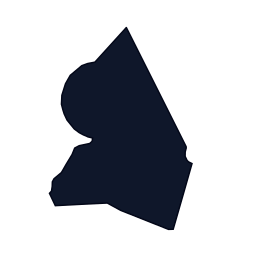 the district of Borkou, Borkou, Chad, rotated 107°
{"feature_id": "50815135B4564368173337", "entity_name": "Borkou", "entity_type": "district", "adm_level": 2, "iso_a3": "TCD", "parent_name": "Chad", "parent_adm1": "Borkou", "projection": "mercator", "projection_center": [19.353, 16.669], "detail": "fine", "context": "isolated", "style": "filled", "palette": "ink", "viewbox_px": 256, "rotation_deg": 107, "n_neighbors": 0, "source": "geoboundaries", "source_scale": "gbopen_adm2", "svg_char_len": 813}
<svg xmlns="http://www.w3.org/2000/svg" viewBox="0 0 256 256"><g transform="rotate(107 128 128)"><path d="M180.8,176.5L187.4,178.0L187.5,178.0L190.2,178.7L198.1,183.9L201.6,184.6L206.0,183.4L210.7,182.7L212.6,183.6L213.4,184.0L217.8,180.0L223.5,174.8L214.5,150.1L205.8,125.9L208.9,110.9L213.1,59.6L211.6,55.2L175.0,55.8L143.3,56.4L142.7,60.2L141.7,62.1L138.4,65.1L134.2,66.3L130.1,66.5L128.8,67.0L74.4,118.9L32.5,158.9L32.5,159.0L39.5,162.3L74.7,178.9L78.2,185.5L81.9,190.4L94.5,198.6L103.9,200.7L116.0,200.8L124.7,198.6L129.9,195.4L133.1,193.2L136.9,189.8L138.3,188.5L144.0,180.0L144.6,179.1L146.7,173.3L147.6,168.7L147.9,165.5L148.2,163.7L148.1,162.2L147.9,159.0L149.3,158.7L151.2,158.4L154.0,160.1L159.2,169.5L162.8,173.1L169.7,173.7L180.8,176.5Z" fill="#0f172a" stroke="#020617" stroke-width="1.5"/></g></svg>